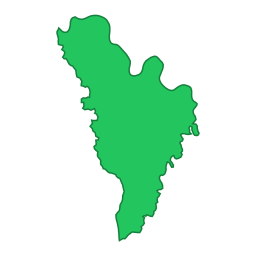 the district of Barracão, Rio Grande do Sul, Brazil
{"feature_id": "56859067B37283122217619", "entity_name": "Barracão", "entity_type": "district", "adm_level": 2, "iso_a3": "BRA", "parent_name": "Brazil", "parent_adm1": "Rio Grande do Sul", "projection": "natural_earth1", "projection_center": [-51.435, -27.742], "detail": "fine", "context": "isolated", "style": "filled", "palette": "green", "viewbox_px": 256, "rotation_deg": 0, "n_neighbors": 0, "source": "geoboundaries", "source_scale": "gbopen_adm2", "svg_char_len": 4013}
<svg xmlns="http://www.w3.org/2000/svg" viewBox="0 0 256 256"><path d="M75.1,16.9L72.5,17.9L71.2,19.3L70.4,22.1L70.3,24.6L70.0,26.7L69.2,29.5L67.4,31.9L64.8,32.4L62.6,31.7L61.4,30.6L60.2,29.4L58.8,28.0L58.1,29.9L57.1,31.4L57.0,33.2L57.7,35.8L58.5,38.8L58.2,41.4L58.5,44.5L60.7,45.0L62.4,45.3L63.4,46.7L61.8,49.6L63.9,51.0L64.8,52.4L64.2,54.7L62.7,57.2L64.1,58.7L66.2,58.8L67.3,60.4L68.2,62.4L69.2,64.1L70.7,65.4L72.6,66.0L74.2,68.2L75.8,70.0L76.0,71.7L76.3,74.1L76.9,76.8L79.9,78.1L81.0,79.8L81.9,81.5L81.3,83.7L81.2,85.7L83.2,86.1L85.4,87.2L87.0,86.3L88.4,87.2L89.6,89.4L90.1,92.2L89.6,95.0L89.6,97.3L87.9,97.1L85.7,98.2L83.2,97.9L81.4,99.1L81.4,102.5L83.8,102.5L83.9,106.2L82.7,108.2L84.8,109.7L88.2,109.0L90.9,110.2L94.5,108.6L95.5,111.7L94.7,113.2L96.6,114.1L98.1,117.3L97.1,120.3L93.8,120.6L91.7,120.2L92.4,123.4L90.1,126.4L92.3,128.5L92.9,130.9L95.2,132.7L95.8,136.2L98.8,137.9L98.1,139.9L95.8,140.2L96.1,142.3L96.2,144.7L94.0,146.5L94.5,148.8L96.1,150.5L97.8,151.7L97.5,153.8L97.5,156.0L98.6,157.8L99.7,158.9L100.7,160.5L100.6,162.7L100.8,164.6L102.5,166.4L103.2,168.7L104.9,169.0L106.4,170.3L107.8,171.8L109.4,172.8L111.3,173.0L113.5,173.7L115.6,174.5L116.4,176.2L117.9,177.7L120.0,178.6L120.9,180.9L121.6,182.6L122.6,184.7L123.3,188.2L124.2,191.7L122.7,195.7L122.6,199.0L121.9,201.8L120.6,203.9L120.0,205.5L119.8,208.3L119.2,210.9L117.6,212.5L115.9,214.9L116.1,217.7L116.5,220.0L117.2,222.3L117.7,224.9L118.2,227.2L118.5,229.0L118.6,231.2L118.9,233.5L119.0,235.9L119.1,238.2L119.4,240.6L121.0,239.6L122.8,238.6L125.0,238.7L126.8,236.7L128.4,234.7L130.2,233.5L132.1,232.0L134.5,232.2L137.3,232.5L139.7,232.6L141.0,230.6L141.8,228.4L141.1,226.7L143.3,224.9L144.3,223.2L143.8,221.4L143.8,219.4L144.5,217.9L142.9,216.5L144.2,215.6L145.8,216.2L146.8,214.8L148.7,215.5L150.3,216.2L152.3,216.4L153.8,213.8L153.9,211.4L155.5,210.2L156.4,207.9L156.1,206.0L155.8,203.5L157.7,202.2L157.1,200.0L157.4,197.8L158.9,196.3L160.2,193.6L158.0,192.4L157.0,190.6L159.1,189.6L161.0,189.5L162.7,188.2L162.5,185.1L161.7,182.9L160.5,181.2L159.4,178.8L159.6,176.5L160.9,175.1L162.7,175.3L164.5,174.2L165.4,172.4L166.1,169.6L165.9,166.4L166.5,164.5L167.2,162.1L169.4,162.7L170.7,165.6L171.8,167.3L173.3,167.0L173.4,165.2L171.9,162.5L170.2,160.3L170.8,157.8L172.2,156.2L173.7,155.6L174.8,158.0L176.3,158.9L178.5,158.3L181.0,157.0L182.1,154.4L181.0,152.6L182.4,151.1L182.4,149.3L181.4,147.1L181.0,144.9L179.8,142.9L180.8,141.6L182.4,140.9L183.1,139.0L181.4,136.5L180.7,134.6L182.6,133.6L184.9,133.8L186.9,134.3L188.9,134.4L191.2,133.9L189.6,132.3L189.6,129.9L188.9,127.8L190.0,126.2L192.0,126.8L191.9,129.8L192.9,132.3L193.6,133.8L194.6,135.2L196.9,135.6L198.4,134.8L199.0,133.1L197.9,131.1L197.3,128.3L197.1,125.8L195.9,124.1L194.4,124.0L192.6,123.7L194.5,121.5L196.0,119.6L195.6,117.9L195.1,116.2L193.7,114.3L193.0,111.2L193.7,109.3L195.2,107.4L196.6,105.6L197.1,103.9L195.8,102.5L193.8,101.3L192.4,99.5L191.7,97.0L191.6,94.6L191.7,92.5L191.5,89.9L190.6,87.5L188.9,86.3L187.2,85.7L185.7,85.2L184.2,84.9L182.2,85.0L180.3,85.8L178.6,86.6L177.1,87.6L175.4,88.9L173.8,90.1L172.1,90.5L170.4,90.3L168.7,89.8L166.6,88.6L164.4,86.9L162.7,85.2L161.5,83.8L160.6,82.4L159.6,80.2L159.3,77.8L159.8,76.0L160.7,73.9L161.5,71.7L162.5,69.4L163.0,67.5L163.2,64.5L162.1,62.3L160.4,60.7L159.0,59.0L157.8,57.7L156.4,56.6L154.6,56.2L152.4,56.9L150.8,57.5L149.0,58.7L147.6,59.7L145.8,61.1L144.3,63.3L143.4,65.5L143.0,67.1L142.6,69.3L141.9,71.3L140.7,73.2L139.1,74.6L135.0,75.9L132.8,75.8L130.5,74.8L129.5,73.0L129.2,71.0L129.1,69.1L129.5,67.1L130.0,64.9L130.2,63.2L130.2,61.0L129.3,59.3L128.4,57.5L127.3,55.8L125.9,53.8L124.6,52.4L123.0,50.6L121.6,49.0L120.0,47.2L118.2,45.5L116.6,44.6L114.5,44.3L112.7,44.0L110.9,42.9L109.6,40.2L109.3,37.6L109.3,35.6L109.6,33.3L109.8,30.2L109.8,27.9L109.6,25.9L109.1,24.1L108.1,22.3L106.8,20.2L105.5,18.9L104.2,18.0L102.2,17.0L100.2,16.2L97.5,15.5L95.5,15.4L93.4,15.5L91.6,15.8L90.1,16.2L87.8,17.2L86.0,18.1L84.2,18.8L82.1,19.3L80.1,19.2L77.3,18.3L75.1,16.9Z" fill="#22c55e" stroke="#15803d" stroke-width="1.5"/></svg>